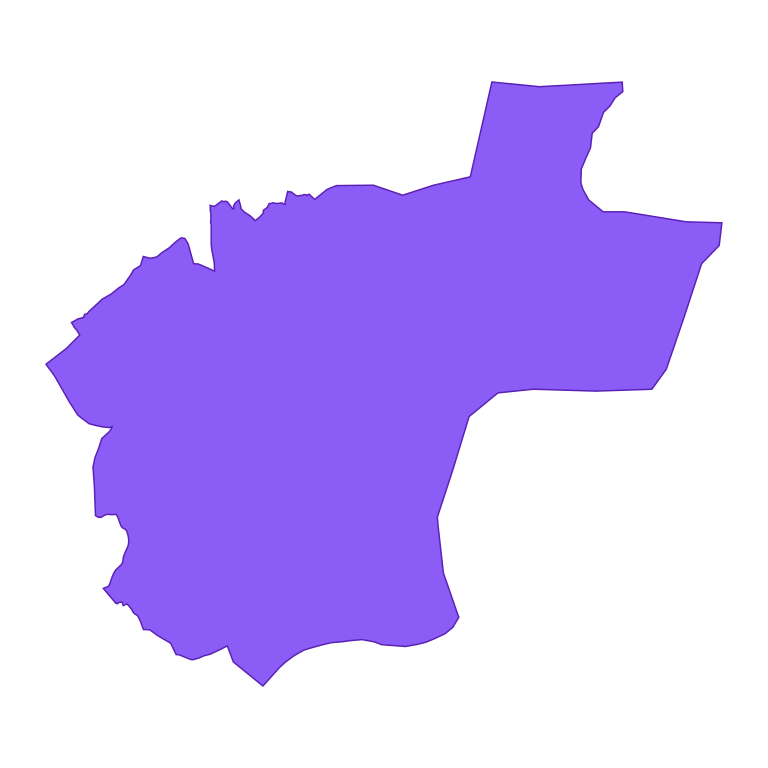 outline of Orumba South, Anambra, Nigeria
{"feature_id": "59680162B16963737840115", "entity_name": "Orumba South", "entity_type": "district", "adm_level": 2, "iso_a3": "NGA", "parent_name": "Nigeria", "parent_adm1": "Anambra", "projection": "robinson", "projection_center": [7.202, 6.0], "detail": "fine", "context": "isolated", "style": "filled", "palette": "violet", "viewbox_px": 768, "rotation_deg": 0, "n_neighbors": 0, "source": "geoboundaries", "source_scale": "gbopen_adm2", "svg_char_len": 3155}
<svg xmlns="http://www.w3.org/2000/svg" viewBox="0 0 768 768"><path d="M491.9,82.0L470.3,176.8L433.6,185.2L402.7,195.2L373.4,185.2L336.4,185.6L329.2,188.5L326.8,189.6L314.7,199.4L309.0,194.1L307.5,195.5L306.9,195.6L306.6,194.9L303.9,194.5L303.0,194.9L301.9,195.5L299.9,195.5L299.0,195.8L297.9,196.1L297.1,195.8L295.5,195.3L294.3,194.3L293.8,193.7L292.5,193.2L292.1,192.4L290.2,191.7L289.7,192.0L287.7,191.4L286.7,195.5L286.4,197.0L285.0,202.3L285.0,204.4L283.3,203.9L282.1,202.9L276.7,203.5L272.8,202.8L270.9,203.5L269.1,203.6L267.3,207.4L265.8,208.6L264.5,209.4L263.2,210.6L263.5,211.6L263.0,213.4L259.9,216.9L257.7,218.8L255.0,220.7L253.6,218.9L249.7,215.5L244.5,212.2L241.1,208.9L240.7,206.3L238.9,199.9L236.9,201.5L235.1,203.2L233.4,206.2L234.1,208.1L232.8,209.0L227.5,202.0L225.5,201.2L223.7,201.7L221.7,200.9L219.8,202.7L218.6,203.2L217.1,204.5L214.4,206.4L213.0,206.1L210.1,205.4L210.3,206.4L210.3,210.7L210.9,213.6L210.9,219.5L210.6,222.0L211.2,224.9L211.2,244.5L211.7,249.1L214.2,262.4L214.6,271.1L198.4,264.0L193.6,263.7L188.2,244.0L184.9,238.5L181.6,237.8L179.3,239.0L175.6,242.0L169.0,248.0L161.9,252.6L156.9,256.9L150.2,258.3L143.3,256.5L140.5,265.6L133.6,269.9L130.8,274.8L123.8,284.7L118.3,288.2L111.5,293.8L102.1,299.2L95.9,305.1L89.0,311.4L87.0,313.9L84.7,314.3L83.9,316.2L83.9,317.3L80.7,318.2L78.0,318.9L71.5,322.5L73.4,325.7L74.6,327.7L76.9,330.3L79.7,335.1L66.3,348.5L46.1,364.1L46.1,364.5L51.5,371.7L54.8,376.4L59.3,384.2L69.6,402.3L77.9,415.2L79.9,416.7L82.0,418.4L89.1,423.7L95.9,425.5L102.6,426.9L109.5,427.6L112.1,426.6L111.2,428.9L109.4,431.6L101.8,438.5L98.6,448.5L95.0,457.6L93.0,467.1L94.4,486.7L95.5,515.6L98.3,517.3L101.3,517.3L104.1,515.4L107.4,514.3L112.5,514.7L116.0,514.2L117.9,517.4L119.7,522.5L121.3,526.5L122.9,528.0L125.3,529.3L126.7,531.0L128.1,535.7L128.6,538.9L128.7,542.6L128.2,545.3L127.3,547.8L125.2,552.2L123.3,557.3L122.8,561.8L121.6,564.3L118.1,567.7L115.5,570.2L113.5,573.7L112.0,577.3L110.4,581.9L109.7,584.3L108.4,586.2L107.3,587.0L105.5,587.4L103.3,588.4L115.8,603.2L116.4,603.2L116.5,603.5L117.5,603.7L118.5,602.6L122.1,602.1L123.2,605.6L127.1,603.9L131.6,609.3L133.0,612.0L134.3,613.6L137.6,615.7L140.3,621.0L143.4,629.5L149.7,629.8L157.4,635.4L170.7,643.3L176.2,654.7L178.0,654.6L180.3,655.3L190.7,659.5L193.2,659.7L199.0,658.0L204.0,655.8L210.2,654.2L219.0,650.1L227.3,645.9L233.4,662.0L262.9,686.0L273.7,674.0L279.5,667.5L285.4,662.1L294.2,655.6L303.9,650.1L310.7,648.0L322.3,644.8L331.0,642.7L342.6,641.7L350.4,640.6L355.1,640.2L362.0,639.6L374.5,641.9L381.3,644.6L389.4,645.3L390.0,645.3L405.4,646.5L417.2,644.4L425.7,642.3L433.5,639.1L445.1,633.7L452.9,627.2L458.8,617.3L456.7,611.4L451.0,594.9L443.4,573.0L438.4,528.6L437.9,524.3L437.4,517.0L453.0,469.3L469.1,416.5L497.9,392.9L533.2,389.2L546.4,389.6L565.7,390.2L595.8,391.1L647.8,389.4L651.9,389.2L666.3,369.2L684.2,316.8L701.6,263.7L719.2,245.5L721.9,222.8L686.2,221.8L624.5,211.8L603.1,211.8L596.2,206.1L588.7,199.9L583.0,189.6L580.9,182.9L581.3,169.0L585.6,158.8L590.5,147.8L592.2,133.3L598.5,126.7L603.5,112.4L610.0,106.0L614.9,98.0L622.8,91.6L622.2,82.1L539.4,86.7L491.9,82.0Z" fill="#8b5cf6" stroke="#5b21b6" stroke-width="1.5"/></svg>